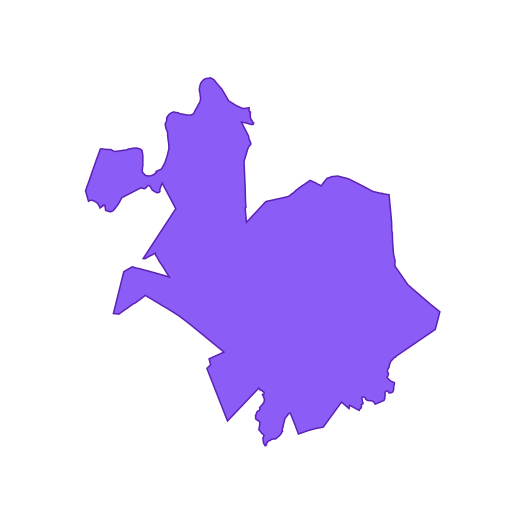 Totolapa, Chiapas, Mexico, rotated 70°
{"feature_id": "50627088B34380257966429", "entity_name": "Totolapa", "entity_type": "district", "adm_level": 2, "iso_a3": "MEX", "parent_name": "Mexico", "parent_adm1": "Chiapas", "projection": "robinson", "projection_center": [-92.674, 16.512], "detail": "fine", "context": "isolated", "style": "filled", "palette": "violet", "viewbox_px": 512, "rotation_deg": 70, "n_neighbors": 0, "source": "geoboundaries", "source_scale": "gbopen_adm2", "svg_char_len": 6095}
<svg xmlns="http://www.w3.org/2000/svg" viewBox="0 0 512 512"><g transform="rotate(70 256 256)"><path d="M114.3,211.7L113.8,214.6L113.5,215.4L113.6,216.0L113.4,216.6L112.8,217.9L111.0,220.0L110.7,220.4L110.1,220.8L108.4,222.7L107.7,223.3L100.8,228.6L87.9,230.9L80.9,233.6L75.8,235.3L72.9,237.9L72.7,240.3L72.3,241.3L72.2,242.6L72.3,244.0L72.5,245.1L73.9,247.7L74.8,248.9L76.9,250.5L79.3,251.9L80.8,252.6L84.1,253.0L85.5,253.4L86.7,253.7L87.8,253.8L88.7,254.2L90.4,254.9L91.8,255.8L92.7,256.8L94.6,259.1L95.2,259.6L97.3,262.1L98.4,263.4L99.0,263.9L99.8,264.8L100.6,265.6L101.1,266.9L101.2,267.6L101.2,269.3L100.1,272.2L99.3,273.6L97.3,277.0L97.0,277.7L96.5,278.5L95.7,279.4L95.1,279.8L94.4,280.8L94.0,281.6L93.8,282.3L92.9,283.3L92.7,283.7L92.5,284.2L92.4,285.1L92.6,286.9L93.1,289.0L93.5,289.8L94.3,291.0L94.9,291.7L95.2,292.3L95.9,292.8L97.2,293.1L98.3,293.7L99.4,294.7L100.7,296.1L102.1,296.4L102.7,296.6L103.8,296.7L104.8,297.0L109.5,296.7L109.9,297.0L111.4,297.4L112.5,297.8L116.1,298.7L121.0,299.7L125.3,301.1L131.5,305.2L137.4,309.9L141.5,314.6L142.1,316.0L142.1,319.4L142.3,320.5L142.6,321.1L143.4,321.0L144.7,324.8L144.5,328.6L142.8,332.0L142.0,332.4L142.1,332.6L141.9,332.7L137.9,334.1L134.1,332.4L132.6,331.5L123.6,328.2L121.7,327.7L118.0,327.0L116.1,327.9L113.7,331.2L112.6,334.8L112.4,337.1L111.8,339.5L112.1,341.2L111.6,343.3L111.4,343.7L110.8,347.3L109.3,353.5L106.5,355.7L106.3,356.1L103.9,361.9L102.8,363.7L102.1,365.6L107.9,370.4L109.8,372.1L119.5,380.0L120.1,380.6L122.8,382.7L130.3,388.8L132.5,390.7L134.2,392.0L136.4,393.9L147.3,394.7L147.1,392.6L147.1,391.8L147.8,390.9L147.8,390.7L149.1,389.1L152.2,386.9L155.7,386.2L157.5,386.2L156.7,382.9L156.0,382.7L156.2,381.7L156.6,380.7L161.8,381.7L163.7,379.2L164.7,377.7L164.7,376.5L164.6,375.3L164.3,374.2L163.2,372.3L160.0,367.4L155.6,362.5L155.2,361.4L152.6,341.0L153.5,339.3L154.5,338.3L154.6,337.8L154.5,336.7L153.0,333.4L153.0,333.0L153.3,332.4L153.7,331.8L158.3,331.0L158.8,330.8L162.5,327.7L162.8,327.2L162.9,326.7L163.0,325.2L162.8,324.7L162.4,324.1L160.6,323.7L157.5,321.1L155.5,319.2L184.1,315.2L219.8,362.9L220.6,361.1L220.2,358.9L219.9,357.6L219.6,355.4L219.6,354.1L218.8,349.8L221.0,350.0L222.9,349.5L224.9,349.1L228.2,348.7L232.5,347.5L237.2,346.5L241.2,345.8L246.1,344.6L236.8,357.4L227.5,370.6L226.8,372.0L223.8,376.0L225.5,385.6L261.3,409.7L263.7,404.6L261.8,398.1L261.0,394.6L259.1,388.2L258.9,386.1L258.6,384.7L255.9,375.7L255.1,373.6L259.5,369.9L265.8,364.8L268.0,363.0L270.6,361.1L272.2,359.6L276.5,356.1L285.7,349.0L297.4,341.5L335.3,319.0L336.6,335.3L342.7,335.8L344.8,340.6L401.3,339.2L381.0,298.4L383.1,298.2L383.4,297.4L384.1,297.2L384.6,296.2L385.6,296.1L386.3,295.2L387.2,295.2L388.1,295.4L388.4,296.3L388.3,297.3L388.8,297.4L390.5,296.8L391.2,297.2L391.7,297.1L393.4,297.1L393.9,297.3L395.0,297.9L395.5,298.0L395.9,298.3L396.6,299.4L397.0,299.7L398.3,301.8L398.9,303.1L399.9,304.6L400.8,304.5L401.3,304.6L401.6,304.9L402.1,305.6L402.2,306.2L402.2,306.8L402.4,307.4L402.9,308.5L403.5,309.0L404.3,309.6L405.4,310.5L405.9,311.2L406.6,311.2L408.6,311.9L409.6,311.8L411.0,310.7L411.7,310.0L413.2,309.4L415.0,309.7L415.4,310.0L415.7,310.3L416.3,310.4L419.3,312.3L419.9,312.5L420.8,312.7L421.4,312.2L422.3,311.9L424.4,311.3L426.7,309.9L427.3,309.9L427.8,310.1L428.5,310.9L429.4,311.8L430.2,311.9L430.6,312.1L434.5,312.9L437.5,312.3L437.4,311.4L437.2,311.0L436.6,310.5L436.1,310.5L435.7,310.2L435.5,309.8L435.1,309.4L434.1,307.6L434.2,305.6L433.8,305.2L433.6,303.9L433.8,302.9L434.0,301.6L434.5,300.8L434.6,300.2L434.3,299.5L433.8,297.8L432.9,295.5L431.4,292.9L430.3,292.3L430.2,291.8L430.1,291.3L429.8,291.0L428.1,290.8L427.4,290.3L426.8,289.8L425.4,288.7L424.7,288.5L420.1,285.3L418.7,284.5L417.1,282.0L416.5,280.8L415.5,279.8L415.3,277.5L427.9,277.1L437.8,277.0L437.9,266.4L438.6,258.5L439.8,251.3L422.5,225.6L431.2,220.8L428.3,219.1L436.4,211.9L435.4,210.8L434.9,209.4L434.1,208.7L433.2,208.3L432.5,208.2L431.8,207.8L431.6,207.1L431.6,206.5L431.4,206.1L430.5,205.6L429.8,206.0L429.5,206.0L428.2,205.4L425.5,205.1L425.1,204.6L425.0,204.0L425.1,203.7L425.4,202.9L426.1,202.1L426.6,201.9L428.1,201.9L429.8,200.7L431.2,197.9L431.4,197.2L431.7,196.7L432.5,195.9L433.6,195.3L434.6,194.9L436.0,194.7L435.5,185.1L433.8,183.6L433.3,183.4L432.4,183.3L431.4,182.3L431.1,182.2L430.3,182.1L430.0,182.1L428.0,181.0L427.5,179.4L427.6,178.8L428.0,178.2L429.0,178.0L429.7,178.1L430.3,177.7L430.7,175.8L430.6,174.3L429.9,173.3L429.4,172.9L427.2,171.7L426.1,171.5L424.5,170.3L422.7,169.3L422.3,169.3L421.6,169.9L420.3,171.6L419.8,172.0L418.1,172.9L417.8,173.2L415.2,174.4L414.4,174.0L413.8,173.0L413.1,172.5L412.1,171.9L411.4,171.7L410.4,171.9L410.0,172.1L409.6,172.1L408.9,171.8L407.2,170.8L407.0,170.1L406.3,169.3L405.5,168.6L404.5,168.4L403.7,167.5L402.1,166.4L400.9,165.0L399.5,162.2L398.9,161.5L398.8,160.3L398.8,159.4L398.4,159.2L398.2,159.2L386.3,112.6L371.3,102.3L360.9,108.6L335.1,123.1L330.0,124.4L312.7,129.0L311.9,128.5L307.8,126.9L303.9,126.5L300.4,125.9L288.4,122.5L281.0,120.0L278.9,119.8L270.6,117.0L261.2,114.5L243.9,110.0L242.8,112.2L242.3,112.8L242.0,113.7L241.3,114.7L241.3,114.8L240.2,116.2L240.4,116.3L235.9,123.2L235.1,124.3L234.1,125.2L232.4,126.8L231.9,127.1L226.9,131.6L217.8,140.1L214.9,143.0L208.9,151.7L208.6,152.4L208.5,153.2L207.3,157.6L207.4,161.2L207.3,162.7L210.6,168.2L212.4,170.6L210.6,172.3L210.5,172.6L207.3,175.3L205.3,177.4L204.1,178.5L203.9,179.0L203.4,179.3L205.0,185.2L205.8,188.7L206.8,192.2L208.2,196.5L209.4,199.1L209.8,201.0L211.1,204.5L211.0,206.8L208.2,228.1L221.1,253.4L209.0,250.3L207.2,249.7L207.1,248.9L200.9,247.1L187.2,242.5L183.6,241.4L182.4,241.0L163.0,234.9L157.2,230.5L153.6,227.9L152.2,226.8L150.2,224.7L149.9,224.1L149.8,223.4L149.0,222.6L148.5,222.3L146.7,222.4L145.6,222.3L145.4,222.4L142.8,222.7L142.3,222.2L140.7,222.0L125.3,223.9L127.1,220.6L131.1,215.0L131.3,213.5L130.5,213.2L130.2,212.7L129.9,213.0L128.9,213.4L128.1,213.3L126.7,213.7L125.3,213.9L123.2,213.9L121.8,213.1L121.0,212.9L120.4,212.9L119.8,212.6L119.4,212.1L118.8,212.0L118.5,212.4L118.3,212.3L118.0,212.4L117.4,213.0L114.3,211.7Z" fill="#8b5cf6" stroke="#5b21b6" stroke-width="1.5"/></g></svg>